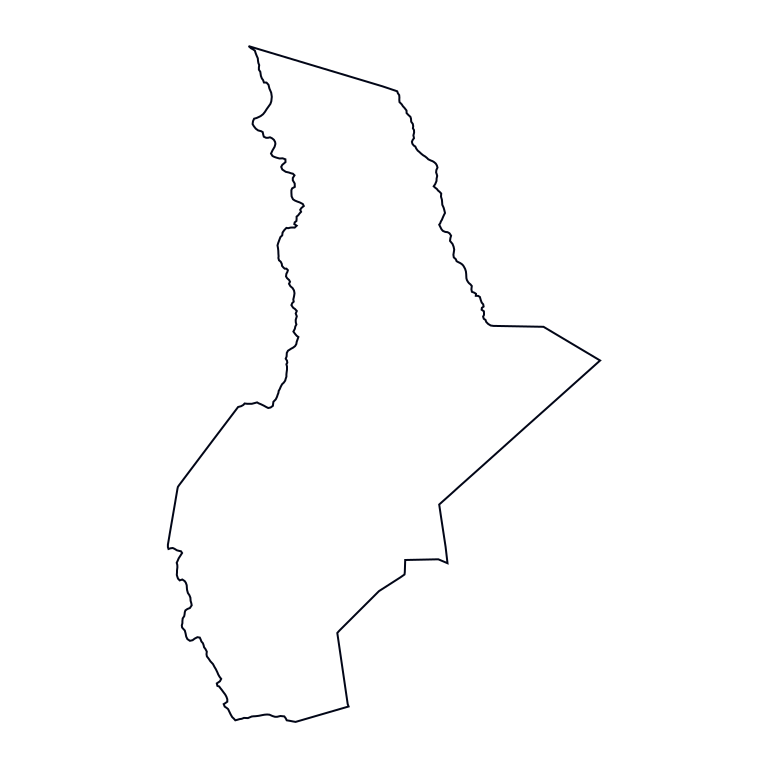 outline of Itaguaçu da Bahia, Bahia, Brazil
{"feature_id": "56859067B27596324942544", "entity_name": "Itaguaçu da Bahia", "entity_type": "district", "adm_level": 2, "iso_a3": "BRA", "parent_name": "Brazil", "parent_adm1": "Bahia", "projection": "albers", "projection_center": [-42.3, -10.736], "detail": "fine", "context": "isolated", "style": "outline", "palette": "ink", "viewbox_px": 768, "rotation_deg": 0, "n_neighbors": 0, "source": "geoboundaries", "source_scale": "gbopen_adm2", "svg_char_len": 5833}
<svg xmlns="http://www.w3.org/2000/svg" viewBox="0 0 768 768"><path d="M447.5,563.2L445.6,546.9L440.9,516.0L439.2,504.5L450.2,494.7L458.8,486.9L469.0,477.8L479.2,468.7L491.7,457.5L525.0,427.6L541.6,412.8L544.1,410.6L600.1,360.5L543.5,326.8L493.4,325.9L490.7,325.5L488.1,323.9L486.2,321.9L485.5,319.9L483.8,318.8L483.1,316.6L484.0,314.9L484.0,313.2L483.9,311.3L481.6,309.7L481.9,307.8L483.6,306.6L483.2,304.3L481.7,302.6L480.8,300.2L479.9,297.0L478.2,295.9L475.8,295.8L476.0,293.8L474.3,292.7L471.9,291.8L471.4,289.3L471.8,286.0L470.5,284.4L469.0,283.2L467.9,281.8L466.9,280.0L466.4,278.2L466.3,276.3L466.2,274.1L465.9,271.4L465.1,268.9L464.2,267.2L463.2,265.5L461.8,264.1L460.1,263.0L458.2,262.1L456.6,261.2L455.8,259.2L453.8,257.4L453.4,254.8L453.8,252.3L454.2,249.6L453.6,246.7L452.5,243.9L451.3,242.5L450.0,240.9L450.4,238.0L451.1,235.7L449.5,233.3L447.6,232.2L445.2,231.9L442.9,230.9L441.5,229.3L440.3,226.9L439.2,224.7L440.2,223.3L440.9,221.4L441.9,219.8L443.0,217.1L444.0,214.9L445.0,213.0L444.3,210.1L443.6,207.6L442.3,204.8L442.1,202.0L441.9,199.7L441.0,196.7L441.2,193.5L439.5,191.7L438.1,190.6L436.9,189.0L435.2,187.7L433.7,186.3L435.2,184.1L436.5,181.0L436.6,178.5L437.2,175.9L436.7,174.1L436.1,172.4L436.4,169.9L437.5,167.6L436.9,165.5L435.8,163.6L434.2,162.2L432.6,161.2L430.8,160.5L428.3,159.3L426.8,157.8L424.9,156.3L423.2,155.3L421.2,153.7L419.3,151.9L417.7,150.6L416.2,148.5L415.3,146.5L413.8,145.6L412.4,143.8L411.9,141.8L412.7,139.9L414.0,138.2L413.4,135.4L414.1,132.6L414.0,130.1L412.9,128.3L413.2,126.2L412.8,123.9L411.2,121.7L411.0,118.7L410.4,116.8L408.5,115.1L406.6,113.1L406.5,110.5L404.4,107.8L402.9,106.2L401.7,104.3L399.5,102.1L399.3,99.9L399.4,97.5L399.2,95.1L397.9,93.3L397.2,91.3L387.5,88.0L382.4,86.3L255.2,48.1L248.6,46.1L251.1,48.3L253.1,49.4L254.9,50.7L255.6,53.0L256.6,55.6L257.8,58.3L258.0,60.7L258.4,63.1L259.2,65.1L258.9,67.3L258.9,69.7L260.3,71.8L260.9,75.9L261.9,78.5L263.1,80.1L263.9,82.5L266.5,82.6L268.5,84.8L269.4,88.5L271.2,92.7L271.8,96.8L271.3,101.3L270.4,103.9L268.7,106.3L266.7,109.1L265.0,111.8L263.1,114.2L260.6,116.1L259.0,116.9L256.6,118.0L254.1,118.7L253.0,121.2L252.6,124.1L253.9,126.3L255.8,128.7L258.1,130.4L261.1,131.2L262.7,132.1L263.2,134.5L263.8,136.7L266.1,137.8L268.0,137.8L270.0,137.3L271.9,138.2L273.9,139.8L275.1,142.0L275.4,143.9L274.6,146.8L272.5,150.4L271.0,153.6L272.5,156.0L274.3,156.9L276.3,157.6L279.5,158.5L282.6,158.3L285.4,159.3L285.5,162.1L283.9,163.5L282.3,164.8L281.2,166.9L282.3,169.5L285.7,171.8L288.8,172.5L291.1,173.3L292.9,173.7L294.5,175.3L292.8,178.0L292.8,180.3L293.8,182.0L294.7,183.5L294.8,186.9L292.1,188.4L291.4,190.2L291.4,192.8L291.6,196.4L293.0,199.3L294.8,200.5L297.4,201.6L299.7,202.4L302.8,204.0L303.8,206.0L301.4,208.0L300.2,209.8L301.1,211.8L299.6,213.4L298.2,215.3L296.6,216.6L296.6,219.1L296.4,221.0L294.7,222.4L294.3,224.1L296.7,225.7L294.7,227.6L292.3,227.5L290.5,227.6L288.2,228.2L286.4,227.9L284.2,230.2L282.6,232.5L282.2,235.4L280.4,237.1L279.2,240.3L278.2,243.0L277.5,245.4L278.0,248.1L278.3,250.8L278.4,253.7L278.6,256.2L278.4,258.0L279.0,260.3L280.7,261.7L281.8,263.9L282.0,265.8L283.3,267.4L284.7,268.7L286.5,268.7L287.9,270.2L287.3,272.1L286.4,273.7L286.0,276.4L287.1,278.2L289.1,280.0L290.0,281.8L289.0,283.8L290.4,286.2L292.6,288.1L294.0,290.5L294.5,293.2L294.2,295.4L293.8,297.4L293.3,299.4L293.7,301.7L292.3,303.0L291.4,305.1L293.1,307.7L295.0,309.0L296.8,311.0L295.7,313.5L296.8,316.3L295.7,319.9L295.8,322.4L296.4,324.5L295.3,326.5L294.9,328.7L293.4,331.6L295.0,333.8L296.7,335.8L298.4,337.0L297.6,339.3L296.7,341.8L296.3,344.1L295.1,346.1L293.0,347.7L291.1,348.7L289.6,349.7L288.0,350.7L286.8,352.9L286.6,356.5L285.7,358.7L287.0,360.7L287.3,362.7L286.4,364.2L287.0,366.5L287.0,369.6L286.6,372.5L286.4,374.5L286.4,376.7L285.7,378.7L285.2,380.6L283.8,382.6L282.1,384.2L280.8,386.6L279.7,389.2L278.7,390.9L278.4,392.9L277.6,394.9L277.0,396.8L275.8,399.3L273.4,401.8L273.1,404.0L272.9,405.8L270.6,407.5L268.2,408.0L266.4,407.1L263.9,405.7L260.8,404.2L258.6,403.3L257.1,402.4L254.9,403.0L251.8,403.8L249.2,403.8L247.3,403.8L244.6,403.5L243.4,404.9L241.1,406.2L238.1,407.0L213.7,439.2L179.2,485.0L177.9,486.9L177.5,488.6L176.1,496.8L175.7,499.1L175.3,501.6L169.7,534.0L169.4,535.9L167.9,544.7L167.9,547.1L168.5,549.0L170.5,548.3L172.7,548.0L174.5,548.8L176.9,550.3L179.2,550.9L181.0,551.3L182.1,553.0L180.7,555.2L178.7,558.3L177.6,560.9L176.7,562.8L177.3,564.9L177.4,567.2L177.0,570.5L177.0,572.5L176.8,574.9L177.3,576.6L178.0,578.6L179.7,580.4L182.3,579.5L184.7,581.1L185.8,582.7L186.7,585.2L186.9,588.3L187.1,590.1L187.9,593.0L189.4,595.2L190.4,597.7L190.6,600.8L191.3,603.2L191.7,605.3L189.9,608.0L187.4,609.0L185.4,610.4L184.8,612.2L184.6,614.1L184.2,616.2L182.7,618.4L182.4,621.1L182.4,623.2L181.8,625.4L182.1,627.5L183.3,628.9L184.8,630.5L185.6,633.5L186.2,636.6L187.4,639.1L189.9,640.8L192.6,640.2L194.7,638.6L197.4,637.2L199.8,637.6L200.8,639.8L201.4,641.5L202.9,643.2L203.6,645.2L204.1,647.3L205.3,648.8L206.8,651.6L206.5,654.2L206.9,656.4L208.6,658.6L210.4,661.3L211.7,662.7L213.0,664.1L214.4,666.8L215.8,669.1L217.4,672.4L218.2,674.4L219.5,676.7L221.2,678.9L219.9,681.3L216.8,683.4L217.4,685.9L219.2,686.5L220.4,688.2L221.7,689.8L223.6,692.4L225.2,694.5L226.4,696.7L227.3,699.3L227.3,701.7L225.2,703.2L223.7,704.1L224.7,706.6L226.5,707.8L228.1,709.1L229.4,711.8L230.7,714.5L232.2,717.1L233.8,718.6L235.3,720.3L237.3,719.8L239.6,719.1L241.7,718.8L244.0,717.9L247.9,718.1L249.8,717.3L251.7,716.5L253.5,716.3L255.6,716.2L258.9,715.8L262.3,715.1L264.6,714.7L267.1,714.5L269.5,714.7L272.4,716.0L275.0,716.8L277.1,716.8L280.4,716.0L284.3,716.4L285.8,718.4L286.7,720.3L290.2,720.9L292.7,721.4L295.6,721.9L348.6,706.5L347.7,704.1L342.5,668.5L337.3,633.0L338.4,631.7L339.9,630.1L379.0,591.1L400.5,577.3L404.5,574.5L404.8,572.1L405.2,560.0L438.3,559.3L447.5,563.2Z" fill="none" stroke="#020617" stroke-width="2"/></svg>